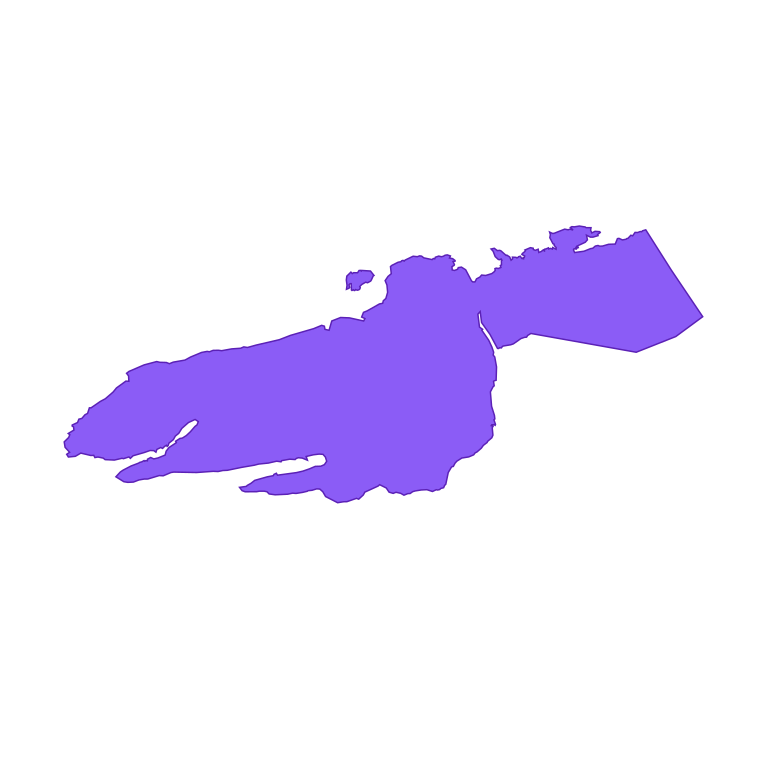 the district of Lyngen nor, Troms, Norway, rotated 245°
{"feature_id": "86288312B24921561512033", "entity_name": "Lyngen nor", "entity_type": "district", "adm_level": 2, "iso_a3": "NOR", "parent_name": "Norway", "parent_adm1": "Troms", "projection": "albers", "projection_center": [20.09, 69.689], "detail": "fine", "context": "isolated", "style": "filled", "palette": "violet", "viewbox_px": 768, "rotation_deg": 245, "n_neighbors": 0, "source": "geoboundaries", "source_scale": "gbopen_adm2", "svg_char_len": 6149}
<svg xmlns="http://www.w3.org/2000/svg" viewBox="0 0 768 768"><g transform="rotate(245 384 384)"><path d="M310.3,701.3L366.0,692.5L413.1,686.4L413.6,683.0L413.1,681.9L413.9,680.7L414.1,677.9L415.3,675.6L413.2,672.0L414.5,670.6L412.9,666.6L413.2,665.5L412.9,664.6L413.8,661.0L416.7,658.5L417.1,657.0L413.1,652.7L415.7,646.6L416.7,640.2L417.8,637.7L419.1,636.5L419.7,633.8L418.8,630.5L419.4,628.5L419.8,621.4L422.6,612.3L425.5,612.4L426.2,613.4L425.0,615.4L425.7,616.3L425.5,617.7L426.3,617.7L426.6,615.7L427.4,616.9L427.4,626.3L428.7,629.3L433.3,630.4L429.9,633.1L428.8,635.4L428.0,640.7L429.2,640.7L429.9,644.0L430.9,643.9L433.2,639.8L433.1,636.2L436.0,636.2L438.2,637.7L440.3,633.2L441.3,632.7L444.6,627.8L446.0,622.9L447.2,620.8L447.1,619.1L443.6,620.4L445.8,617.9L445.9,616.1L448.0,613.2L448.7,601.7L449.4,600.2L451.7,598.3L449.1,597.9L446.5,596.1L439.7,596.4L438.8,597.3L437.6,596.8L434.9,597.7L433.4,596.9L436.4,594.6L435.1,593.7L436.5,592.3L436.9,590.3L437.9,590.5L438.0,587.6L438.3,586.9L438.1,585.9L436.1,585.7L438.2,585.1L438.0,583.6L437.6,583.0L437.8,579.9L441.0,580.7L441.2,577.6L442.8,576.2L444.0,576.6L445.7,574.3L445.9,568.4L445.2,568.6L444.5,567.5L443.8,564.5L443.1,563.7L440.6,565.6L439.3,564.6L439.7,563.6L438.6,563.3L439.6,561.9L442.2,561.5L442.5,559.7L442.1,558.9L442.1,557.7L443.0,557.2L444.7,554.0L443.1,553.5L442.5,551.5L446.0,551.6L448.9,549.8L448.9,549.0L455.2,546.3L456.2,545.4L457.0,543.1L460.4,541.3L461.1,538.1L458.1,539.0L452.5,538.6L448.6,540.2L447.8,541.3L447.8,543.0L446.3,543.2L446.1,542.5L442.3,540.8L442.2,539.5L440.2,539.2L440.4,536.4L441.6,534.7L441.7,533.3L440.0,532.8L439.2,531.4L438.5,528.4L439.4,522.0L441.5,518.5L440.4,516.1L440.2,512.3L438.1,509.6L439.0,507.6L440.5,506.9L453.0,506.3L457.2,503.6L458.1,500.5L456.9,499.2L457.1,495.9L458.5,494.0L461.6,495.2L461.9,497.7L462.5,498.3L465.8,498.3L465.3,500.3L465.9,500.6L468.6,499.2L470.5,496.6L472.0,498.3L474.3,495.9L474.9,493.7L474.7,491.7L475.1,489.8L476.8,487.7L477.2,484.1L476.0,482.9L476.9,481.7L476.4,480.2L481.5,473.4L484.0,472.1L485.1,470.4L485.3,468.0L487.5,464.4L487.4,455.5L486.9,454.2L488.0,453.5L488.2,452.1L487.7,450.9L488.4,448.3L488.2,441.3L487.7,439.5L480.9,437.2L479.8,433.1L477.2,428.7L472.5,428.5L465.5,426.0L460.7,421.8L459.8,418.6L457.7,416.9L458.5,413.7L457.4,399.6L457.6,395.7L454.1,392.0L451.4,394.4L449.7,392.2L458.5,380.7L462.6,372.8L463.2,363.3L455.9,356.9L458.5,353.6L461.6,354.4L463.5,352.3L463.9,343.6L467.6,319.8L468.4,307.8L473.3,284.6L474.8,275.7L476.9,272.6L477.0,269.2L480.2,260.8L482.8,250.9L484.5,248.3L486.7,243.3L487.0,239.4L488.3,237.5L489.7,232.0L490.2,220.0L489.8,213.7L492.9,202.2L493.1,198.1L495.5,195.8L498.4,190.0L500.4,187.5L502.7,174.7L503.2,158.2L502.5,155.2L499.3,155.9L494.3,153.9L495.7,151.3L493.5,139.9L491.2,135.1L488.4,125.2L488.1,119.6L486.2,108.4L486.9,106.9L482.6,102.9L482.5,100.0L480.5,95.6L481.1,92.6L478.6,90.0L478.6,84.1L477.7,83.6L476.4,84.5L473.3,83.5L472.6,76.9L470.8,77.8L468.8,75.6L466.7,69.7L461.4,68.2L455.0,70.2L454.4,66.7L451.2,67.1L448.9,73.7L449.5,80.0L443.1,88.1L442.0,90.8L439.5,90.9L438.7,93.9L435.5,98.2L433.3,99.3L429.0,107.5L427.4,115.1L426.4,116.4L425.7,122.0L423.8,122.7L425.0,126.3L423.2,137.8L422.6,143.9L420.9,147.2L418.6,148.5L420.7,150.5L420.8,154.8L419.2,156.1L420.2,158.9L420.4,160.9L419.1,161.1L419.5,162.4L421.3,164.1L422.6,169.6L425.0,172.9L426.0,177.1L429.2,182.0L431.7,190.5L431.7,197.8L428.4,199.8L426.0,197.3L425.4,194.7L422.5,188.2L420.8,183.0L420.2,178.3L420.9,176.1L420.2,170.9L418.6,171.0L417.3,162.3L415.2,158.2L412.1,155.6L412.5,147.9L413.4,143.7L416.0,141.5L415.8,137.9L414.4,137.1L415.2,135.8L415.2,134.5L416.0,134.2L415.8,131.6L416.2,129.4L416.0,128.2L416.6,120.1L416.2,111.1L415.7,107.9L413.2,101.8L405.4,106.9L403.1,110.3L401.0,115.5L400.6,121.3L399.2,126.5L397.7,129.8L396.0,141.6L394.1,145.1L393.8,153.5L393.0,156.3L383.0,176.7L377.0,192.4L374.8,196.6L373.7,201.4L372.0,205.5L368.6,219.8L365.2,232.2L364.4,236.6L361.2,245.8L359.4,254.1L357.0,257.8L357.8,258.8L355.7,266.8L353.1,271.5L353.6,273.2L353.4,275.2L351.4,278.6L347.3,282.4L351.2,282.8L349.7,290.0L347.9,295.6L346.0,299.0L342.5,300.0L338.2,299.4L336.1,295.9L336.2,292.0L338.4,286.9L338.6,280.7L339.3,273.8L340.7,267.2L346.4,248.9L348.6,248.7L348.6,246.1L347.7,244.9L349.2,239.0L351.3,226.1L350.2,221.4L349.9,217.2L349.4,216.0L351.4,209.4L347.3,210.3L345.0,212.6L340.2,223.1L339.5,225.8L337.5,230.1L335.8,232.4L332.9,233.4L329.6,238.5L324.8,250.2L323.7,255.0L322.0,258.0L320.2,264.3L319.2,269.1L319.4,270.1L318.1,273.8L317.4,278.7L315.9,281.4L312.2,283.0L306.7,283.5L296.0,291.8L294.4,297.5L293.0,300.7L292.0,310.7L290.3,312.4L292.2,318.4L294.1,320.9L294.0,335.6L294.6,337.5L288.8,342.1L283.8,342.9L281.0,346.1L280.8,349.1L277.9,352.9L274.8,355.1L274.6,359.2L273.7,361.4L274.3,364.5L273.9,367.1L272.2,373.0L270.1,378.2L266.1,382.5L266.1,386.7L265.3,387.7L264.8,389.7L265.3,391.5L264.8,394.2L266.5,396.1L267.0,397.6L276.6,404.8L280.1,409.9L280.3,411.2L280.0,412.0L282.2,414.9L283.3,417.5L284.0,423.3L282.1,430.0L281.9,435.3L283.1,437.6L283.1,439.5L284.7,445.1L286.4,448.1L287.4,452.7L288.2,453.6L289.7,459.0L291.6,461.1L298.6,463.6L299.6,465.0L300.9,463.6L301.5,464.4L300.6,466.7L299.6,467.3L300.3,468.0L305.1,468.5L305.5,469.7L308.8,470.8L318.4,472.1L331.9,477.1L335.3,481.5L335.8,483.1L340.1,484.4L340.3,485.4L340.0,487.2L351.9,493.2L361.7,495.8L364.1,495.2L366.4,496.8L372.0,497.4L379.4,497.4L391.4,495.4L391.9,496.5L395.2,494.6L407.6,498.6L409.0,501.8L398.4,498.4L384.2,501.0L368.3,501.9L367.7,502.9L368.0,504.0L367.1,505.7L368.0,507.2L368.0,508.2L366.0,515.4L365.7,518.2L367.3,527.3L366.9,531.1L366.2,533.0L367.3,534.7L367.7,538.5L306.2,626.0L303.7,668.5L310.3,701.3ZM494.2,393.8L489.1,392.2L485.7,390.0L485.6,392.7L486.0,393.6L488.7,394.2L489.2,395.3L489.1,396.1L488.8,396.7L483.0,394.2L482.3,394.5L482.4,396.0L481.3,396.5L481.1,397.2L481.6,398.1L480.3,399.4L480.0,400.9L480.2,402.0L481.3,403.2L482.6,403.2L483.6,406.0L484.0,410.4L482.7,411.9L482.9,415.4L483.6,416.5L486.5,419.9L486.6,420.8L492.1,419.5L496.4,411.7L496.0,411.1L497.0,410.6L497.4,409.3L496.0,407.1L497.7,403.5L497.5,401.9L499.4,401.3L497.5,395.9L494.2,393.8Z" fill="#8b5cf6" stroke="#5b21b6" stroke-width="1.5"/></g></svg>